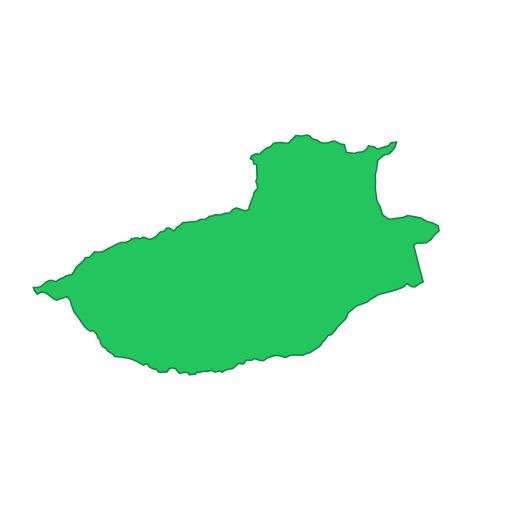 Águas Belas, Pernambuco, Brazil, rotated 224°
{"feature_id": "56859067B72970478778439", "entity_name": "Águas Belas", "entity_type": "district", "adm_level": 2, "iso_a3": "BRA", "parent_name": "Brazil", "parent_adm1": "Pernambuco", "projection": "mercator", "projection_center": [-37.018, -9.099], "detail": "fine", "context": "isolated", "style": "filled", "palette": "green", "viewbox_px": 512, "rotation_deg": 224, "n_neighbors": 0, "source": "geoboundaries", "source_scale": "gbopen_adm2", "svg_char_len": 2999}
<svg xmlns="http://www.w3.org/2000/svg" viewBox="0 0 512 512"><g transform="rotate(224 256 256)"><path d="M394.3,78.6L391.6,77.4L386.9,76.4L385.2,80.9L382.2,83.2L378.7,83.9L371.3,84.7L368.6,85.9L366.0,91.2L363.6,95.5L358.6,95.0L355.0,92.7L352.0,91.3L348.1,89.4L344.2,88.9L330.9,86.2L325.7,86.2L322.7,87.1L321.0,89.2L316.3,89.1L313.0,87.3L310.2,87.3L307.6,85.6L303.9,84.3L299.9,85.2L296.2,84.7L291.4,85.9L287.6,85.6L283.6,89.0L276.5,94.0L273.5,95.5L269.0,97.3L261.0,99.3L259.9,102.7L255.1,102.2L251.4,103.5L248.7,105.3L245.6,104.7L243.0,106.8L239.5,110.7L240.0,115.0L238.6,117.2L235.7,119.1L232.7,118.6L229.6,118.4L226.2,123.2L224.0,124.6L221.3,124.3L219.3,127.0L217.5,128.7L217.7,131.3L215.7,133.3L213.2,137.2L210.6,139.2L208.5,142.9L204.5,144.2L202.3,148.2L199.5,148.8L198.9,152.6L194.4,159.2L194.0,166.4L190.1,169.6L190.5,174.5L186.6,178.1L186.0,181.1L181.1,183.4L177.7,186.1L177.2,190.1L173.4,197.3L170.5,200.2L166.8,202.1L164.1,203.5L162.2,208.9L159.1,211.9L153.2,217.3L152.0,220.8L150.1,223.8L147.8,233.3L147.5,237.6L148.5,240.1L148.0,242.8L149.0,249.0L147.2,251.8L147.3,257.2L148.1,261.7L147.8,271.1L148.0,274.5L150.2,278.6L149.4,285.8L148.9,290.2L144.0,300.1L143.5,304.2L141.0,313.4L134.1,324.7L131.4,329.5L128.3,336.2L128.2,341.0L122.6,342.1L120.2,344.2L119.0,350.1L117.7,353.5L131.5,361.8L150.2,373.4L148.9,377.5L146.0,380.0L142.7,384.0L141.5,389.2L142.2,394.6L141.8,401.4L145.9,404.2L152.4,402.3L156.3,399.8L163.9,397.9L174.8,390.6L177.5,385.1L180.7,381.2L185.7,374.9L193.4,373.5L200.6,377.6L207.1,379.5L215.6,386.3L217.5,387.9L222.2,393.1L226.5,397.1L230.0,402.9L234.9,409.4L234.0,417.4L231.0,422.4L231.3,428.6L231.9,431.4L234.0,435.6L237.6,431.1L237.3,427.5L242.9,417.2L246.5,416.8L251.6,413.3L250.7,409.5L251.4,405.3L254.6,401.5L256.5,398.2L262.9,393.3L269.9,397.6L272.8,395.3L279.5,393.3L281.1,391.0L282.2,388.3L285.8,384.0L289.4,382.2L293.1,381.7L296.6,379.5L301.3,379.6L303.6,378.2L306.5,373.8L311.0,370.5L311.2,363.3L310.9,360.1L313.1,357.6L317.1,354.8L319.5,352.3L321.7,349.1L321.4,345.0L323.4,340.9L323.9,337.5L324.3,331.7L327.3,329.1L328.7,324.9L327.7,322.0L325.0,323.0L321.8,320.8L319.0,322.2L312.2,315.5L309.4,312.9L307.9,309.5L304.8,308.0L301.7,305.8L301.8,302.4L301.4,300.0L299.1,296.4L297.9,292.8L296.3,289.8L295.4,287.1L293.7,284.9L294.3,281.5L296.8,280.2L299.9,278.7L303.6,276.9L305.0,273.0L304.8,268.6L307.8,265.4L310.5,260.3L314.0,257.5L314.8,255.1L317.3,251.9L317.4,249.3L318.3,246.6L321.5,243.8L322.5,240.1L325.1,236.9L331.8,229.2L332.0,224.8L332.9,221.4L332.4,217.1L337.8,215.9L339.7,213.9L339.3,209.8L341.5,206.9L341.5,199.8L342.9,196.1L344.6,193.6L349.9,191.5L351.6,187.6L353.9,186.7L357.5,182.1L357.5,179.4L359.1,175.4L362.3,172.2L364.4,167.9L366.1,162.4L367.7,157.9L369.5,152.3L372.0,149.3L375.0,146.9L374.9,139.3L377.7,136.2L376.7,132.3L377.1,128.9L377.5,123.0L376.4,118.9L375.6,114.7L378.9,109.8L379.3,106.8L380.8,104.4L382.2,98.5L386.4,96.4L387.8,94.3L388.7,92.0L389.6,84.3L390.9,82.1L394.3,78.6Z" fill="#22c55e" stroke="#15803d" stroke-width="1.5"/></g></svg>